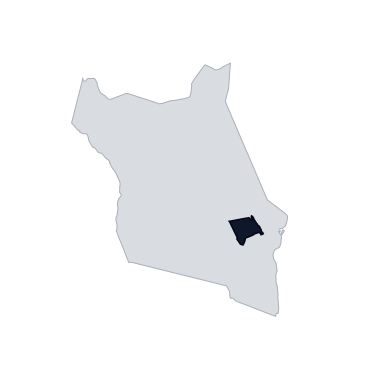 Galole, Coast, Kenya shown in context, rotated 337°
{"feature_id": "3690345B71380805916784", "entity_name": "Galole", "entity_type": "district", "adm_level": 2, "iso_a3": "KEN", "parent_name": "Kenya", "parent_adm1": "Coast", "projection": "equal_earth", "projection_center": [39.8, -1.506], "detail": "fine", "context": "in_parent", "style": "filled", "palette": "ink", "viewbox_px": 384, "rotation_deg": 337, "n_neighbors": 0, "source": "geoboundaries", "source_scale": "gbopen_adm2", "svg_char_len": 5184}
<svg xmlns="http://www.w3.org/2000/svg" viewBox="0 0 384 384"><g transform="rotate(337 192 192)"><path d="M106.4,232.5L106.3,227.6L106.8,215.1L106.8,204.0L107.2,198.5L109.3,195.0L110.2,192.5L110.9,188.9L111.9,186.0L114.3,183.7L114.8,182.4L117.3,178.5L118.8,173.4L120.0,171.7L121.4,170.1L122.4,169.3L124.1,168.4L125.4,167.9L125.6,167.5L125.7,166.7L125.3,163.6L125.9,162.6L126.8,160.5L127.8,158.5L128.7,157.3L129.2,156.0L129.5,153.8L129.5,152.2L129.5,149.7L129.2,143.9L128.1,139.0L127.5,133.6L128.0,131.8L127.1,128.7L126.7,128.5L126.0,127.8L125.1,124.8L124.5,122.1L124.1,121.4L121.2,119.0L119.8,113.3L118.2,112.1L117.3,106.5L117.1,104.9L118.1,99.3L118.0,98.0L117.0,96.8L114.3,95.6L112.1,93.3L112.4,92.5L112.6,91.7L111.4,91.1L108.1,81.5L112.4,75.8L116.8,70.0L122.4,62.6L127.5,55.9L132.0,50.0L135.9,44.8L135.8,45.8L135.8,47.1L136.3,47.9L137.1,48.5L138.2,47.9L139.2,47.1L140.2,46.9L146.1,49.1L147.1,51.0L147.0,53.0L147.3,54.5L146.8,56.0L146.3,60.5L146.5,64.6L148.2,67.6L149.8,70.0L151.1,73.3L152.0,74.4L153.3,74.9L157.3,75.1L163.4,75.3L169.2,75.5L169.7,75.6L170.9,76.0L176.3,80.5L181.1,84.7L185.3,88.3L189.3,91.8L193.2,95.2L196.2,98.0L199.2,98.9L204.1,99.3L207.4,99.5L210.5,100.6L215.1,101.7L218.6,102.3L220.7,103.0L226.4,103.6L227.4,103.2L229.9,100.1L232.8,95.0L233.9,92.2L237.6,89.4L244.1,85.5L248.6,82.8L253.7,80.0L256.0,82.4L259.2,86.2L260.6,88.1L261.7,89.0L263.5,89.5L265.6,89.5L266.7,89.5L269.1,89.0L274.5,88.5L277.7,88.5L275.0,93.6L271.9,99.7L266.1,111.0L261.6,116.9L258.3,121.3L258.0,122.2L258.0,127.1L258.0,139.3L258.1,163.7L258.2,188.1L258.2,212.4L258.3,224.6L258.3,228.7L261.2,233.8L264.1,238.8L267.9,245.5L269.9,249.0L270.3,250.2L270.2,252.6L267.0,257.5L264.5,259.8L261.0,260.9L260.0,260.7L258.6,260.0L258.1,261.1L257.7,263.0L257.0,262.6L256.4,262.1L256.7,265.4L257.1,267.0L256.6,269.2L254.9,271.1L254.7,272.7L251.1,277.0L246.0,277.4L243.3,279.6L242.1,281.3L241.1,285.1L241.5,290.8L240.0,295.3L239.8,297.5L237.1,300.4L235.9,303.1L235.1,305.8L234.3,307.0L233.4,313.0L232.2,316.7L231.8,317.9L231.5,319.0L230.6,321.1L229.9,322.6L229.5,323.6L226.4,333.0L223.9,337.3L222.0,336.8L220.7,338.4L220.6,339.2L219.9,338.7L218.3,337.2L215.0,334.0L211.7,330.8L208.4,327.6L205.1,324.4L201.8,321.2L198.6,318.0L195.3,314.9L192.0,311.7L190.0,309.8L189.2,308.7L188.5,306.5L188.2,305.9L187.3,305.2L186.3,305.1L186.0,304.7L186.0,303.6L186.3,302.1L187.5,299.1L187.7,297.4L187.4,295.5L187.1,292.3L186.7,291.6L184.5,290.0L180.0,286.5L175.4,283.1L170.8,279.6L166.2,276.2L161.7,272.8L157.1,269.3L152.5,265.9L147.9,262.4L143.3,259.0L138.8,255.6L134.2,252.1L129.6,248.7L125.0,245.2L120.5,241.8L115.9,238.4L111.3,234.9L109.6,233.6L108.0,232.5L106.4,232.5ZM258.6,266.0L257.8,266.2L258.2,264.6L260.6,262.4L261.5,262.9L261.7,263.4L261.7,263.8L261.3,264.3L258.6,266.0Z" fill="#d9dde1" stroke="#a8b0b8" stroke-width="1"/><path d="M214.8,233.5L215.0,234.0L215.0,234.5L215.1,237.3L215.8,251.4L215.8,252.1L215.7,252.1L215.7,252.3L215.4,252.4L215.3,252.5L215.2,252.5L214.9,252.8L216.0,258.1L216.1,258.9L216.2,259.0L216.3,259.1L216.5,259.2L216.6,259.3L216.8,259.5L217.0,259.8L217.2,260.0L217.3,260.1L217.5,260.2L217.6,260.3L217.9,260.4L218.0,260.5L218.3,260.7L219.5,259.7L220.6,258.7L220.8,258.6L221.0,258.4L221.1,258.2L221.2,257.9L221.1,257.7L221.3,257.6L221.5,257.6L221.6,257.4L221.8,257.3L221.8,257.2L222.0,257.1L222.0,256.9L222.2,256.7L222.3,256.6L222.4,256.4L222.5,256.4L222.6,256.1L222.7,255.9L222.8,255.8L222.8,255.7L223.0,255.5L223.0,255.4L224.0,255.4L224.5,255.4L225.1,255.4L228.9,255.5L230.9,255.4L232.1,255.4L232.3,255.1L234.2,255.1L236.1,255.2L238.1,255.4L238.1,255.5L238.3,255.6L238.4,256.0L238.5,256.4L238.6,256.7L238.6,257.0L238.7,257.3L238.7,257.6L238.8,257.9L238.8,258.3L239.7,258.4L240.8,258.3L241.3,258.3L241.3,258.2L241.3,257.8L241.3,257.6L241.3,257.4L241.2,257.2L241.1,256.9L240.9,256.7L240.8,256.4L240.8,256.2L240.8,255.9L240.8,255.7L240.7,255.3L240.7,255.1L240.7,254.6L240.7,254.4L240.7,254.2L240.8,254.1L240.9,253.9L240.9,253.7L240.9,253.4L240.9,253.2L240.7,252.9L240.7,252.7L240.7,252.4L240.7,251.9L240.7,251.7L240.7,251.4L240.7,251.2L240.7,250.9L240.7,250.6L240.6,250.4L240.6,250.2L240.5,249.9L240.5,249.7L240.4,249.6L240.3,249.4L240.2,249.2L240.0,248.9L239.9,248.8L239.8,248.6L239.7,248.4L239.7,248.2L239.6,247.8L239.6,247.7L239.5,247.2L239.5,246.9L239.4,246.9L239.3,246.7L239.2,246.4L239.1,246.2L239.1,245.9L239.1,245.6L239.1,245.4L239.1,245.2L239.0,244.8L239.0,244.6L238.9,244.3L238.8,243.8L238.7,243.1L238.6,242.7L238.6,242.4L238.6,242.2L238.5,241.9L238.4,241.8L238.4,241.7L238.3,241.4L238.3,241.1L238.4,240.9L238.5,240.5L238.5,240.4L238.5,240.2L238.5,239.8L238.5,239.7L238.4,239.6L238.4,239.3L238.3,239.0L238.3,238.9L238.2,238.5L238.1,238.3L238.1,238.2L237.8,237.6L237.7,237.4L237.5,237.2L237.3,237.6L237.2,237.7L237.1,237.9L236.9,237.9L236.8,238.1L236.8,238.3L236.8,238.5L236.7,238.6L236.6,238.8L236.5,239.0L236.5,239.3L236.5,239.5L236.7,239.8L236.7,240.0L236.8,240.3L236.9,240.5L237.0,240.8L237.0,241.0L236.6,241.2L236.3,241.2L236.0,241.2L235.2,241.2L235.2,240.9L235.1,240.7L235.1,240.3L235.0,240.2L234.9,239.7L234.8,239.4L234.8,239.2L234.6,238.6L234.5,238.4L234.3,237.9L228.0,236.4L216.8,234.0L215.3,233.6L214.8,233.5Z" fill="#0f172a" stroke="#020617" stroke-width="1.5"/></g></svg>